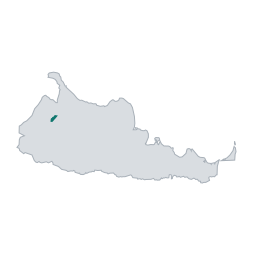 location of 9 de Julio, Chaco, Argentina, rotated 274°
{"feature_id": "61730980B13427760820692", "entity_name": "9 de Julio", "entity_type": "district", "adm_level": 2, "iso_a3": "ARG", "parent_name": "Argentina", "parent_adm1": "Chaco", "projection": "orthographic", "projection_center": [-61.238, -27.011], "detail": "fine", "context": "in_parent", "style": "filled", "palette": "teal", "viewbox_px": 256, "rotation_deg": 274, "n_neighbors": 0, "source": "geoboundaries", "source_scale": "gbopen_adm2", "svg_char_len": 4116}
<svg xmlns="http://www.w3.org/2000/svg" viewBox="0 0 256 256"><g transform="rotate(274 128 128)"><path d="M153.8,75.4L152.2,78.1L152.5,79.9L150.9,84.2L151.3,85.1L150.0,87.1L150.4,89.3L149.7,91.5L149.9,94.1L149.5,94.9L148.5,95.1L147.7,98.9L148.5,102.5L147.7,103.1L149.0,105.8L153.0,108.2L155.0,110.5L155.0,111.5L153.9,112.9L153.7,114.1L154.3,115.8L155.3,116.9L157.2,117.5L157.4,119.9L157.0,121.4L153.1,126.5L152.2,128.8L148.7,131.0L139.9,133.6L133.1,134.5L129.2,134.3L126.6,133.3L126.8,136.2L128.1,137.1L127.5,137.1L128.0,137.7L127.7,140.1L126.9,140.6L126.4,142.6L126.4,144.3L127.2,145.7L126.5,147.2L123.6,148.7L120.2,149.0L113.8,146.9L114.0,146.5L113.7,146.4L112.7,146.9L112.3,148.9L113.1,151.9L113.1,154.6L113.5,155.4L115.8,156.4L115.6,157.4L116.4,157.5L118.0,157.2L118.2,156.4L117.3,156.1L119.5,155.4L120.4,156.4L120.5,159.2L120.1,159.9L118.4,160.4L118.0,160.3L116.9,158.4L116.1,158.1L113.7,159.1L113.5,159.7L117.1,161.0L114.5,162.5L112.6,165.1L112.8,169.7L112.4,171.0L111.1,172.3L110.9,173.1L111.4,173.6L111.2,174.5L108.6,174.3L106.8,175.8L105.1,176.4L102.4,181.6L103.0,184.1L106.7,187.6L111.0,188.4L111.6,189.5L111.6,191.0L111.1,191.8L109.6,192.7L110.9,192.7L111.6,193.4L104.6,200.1L103.8,202.0L103.7,205.9L103.2,206.7L101.8,207.5L100.7,206.8L99.8,205.4L99.9,206.6L98.6,207.1L100.3,207.0L101.1,207.9L99.0,209.4L98.5,210.7L98.5,212.5L97.7,213.5L98.4,213.3L99.4,216.7L97.7,217.0L99.8,217.5L102.7,221.2L102.5,221.5L102.4,221.1L96.0,219.8L87.6,220.1L87.6,219.6L85.4,217.7L85.5,216.2L85.0,214.9L85.3,213.8L84.8,212.4L84.0,212.0L81.4,213.0L79.2,209.4L79.0,207.3L78.3,206.0L78.5,204.3L79.9,204.1L80.0,202.2L81.7,200.7L81.4,199.0L82.4,197.9L82.5,197.0L81.2,194.9L81.6,192.4L83.3,190.3L82.8,188.0L83.7,186.8L82.5,183.7L83.4,182.3L82.8,181.6L82.6,179.9L83.6,179.4L84.1,177.5L82.7,176.0L80.6,175.7L80.3,174.8L84.1,174.5L84.5,173.1L84.1,172.4L81.2,172.2L80.9,170.4L81.4,169.2L80.7,168.1L80.8,167.1L79.8,165.5L80.5,164.8L78.3,163.3L78.0,160.6L78.4,159.9L77.9,158.5L79.5,157.0L78.4,154.5L77.9,149.5L77.5,148.2L78.3,146.0L77.6,144.7L78.3,143.6L77.7,141.1L78.6,140.8L78.8,136.3L81.0,134.8L81.4,133.9L79.2,128.4L79.1,126.3L78.7,125.3L79.0,124.1L78.4,122.3L78.9,120.1L80.5,119.1L80.5,118.3L82.1,116.7L81.7,113.1L80.8,111.3L81.6,110.6L81.9,107.8L83.0,104.7L84.0,104.2L83.5,100.8L83.7,97.8L82.1,97.3L82.3,95.2L81.7,94.7L81.3,92.4L80.1,90.5L79.9,89.6L80.5,89.0L79.3,88.3L78.4,86.5L78.4,84.8L78.5,83.6L79.6,82.7L79.3,81.9L80.1,78.3L81.3,78.0L81.9,76.7L81.2,76.1L81.2,74.0L80.4,71.0L81.4,69.5L82.1,64.7L84.8,61.2L86.4,55.8L87.9,55.6L89.5,54.4L87.7,51.1L88.6,48.9L87.2,44.4L87.5,42.7L88.4,41.6L87.2,40.0L87.5,38.5L89.0,36.8L94.4,34.1L96.3,27.0L95.1,25.8L97.9,21.6L100.1,20.8L100.9,18.6L103.8,20.5L108.7,20.4L111.2,21.2L113.0,25.2L115.5,19.7L122.3,19.4L123.7,21.4L126.3,23.5L128.1,26.5L133.7,31.3L140.8,33.6L145.1,36.9L150.2,39.7L152.6,40.3L154.5,42.3L154.9,43.7L153.8,44.8L152.9,46.9L151.5,48.0L150.9,49.4L151.0,51.1L148.3,54.4L148.4,55.7L151.0,55.5L157.3,57.0L160.4,57.1L161.4,57.7L163.1,56.2L165.8,56.9L167.6,54.3L169.4,53.8L171.4,52.0L172.4,49.7L173.0,44.7L174.1,45.1L175.9,44.5L177.4,45.6L178.5,49.9L178.0,53.9L177.2,55.5L175.2,56.3L174.1,57.4L171.1,58.1L169.3,60.2L165.5,62.3L165.7,63.5L164.4,63.4L157.9,71.5L153.8,75.4ZM103.4,236.7L101.9,223.4L103.8,225.9L103.0,225.8L102.9,227.1L104.3,227.3L105.1,228.8L108.2,231.6L112.7,234.3L116.9,235.1L115.8,236.5L111.8,237.4L109.4,236.7L103.4,236.7ZM118.6,235.9L119.8,235.3L122.3,235.2L119.1,236.3L118.6,235.9ZM128.9,135.5L128.8,136.1L127.9,135.2L128.9,135.5Z" fill="#d9dde1" stroke="#a8b0b8" stroke-width="1"/><path d="M129.5,51.7L129.7,51.9L129.8,51.9L129.8,52.0L130.3,52.4L130.7,52.7L130.8,52.7L130.9,52.8L131.3,53.1L131.8,53.5L132.2,53.8L132.3,53.9L132.8,54.2L132.8,54.3L133.2,54.6L133.3,54.6L133.7,54.9L133.8,55.0L134.2,55.3L134.4,55.5L134.9,55.8L134.9,55.5L134.5,55.2L134.4,55.1L134.5,55.0L134.8,54.7L135.0,54.7L135.0,54.4L134.5,54.0L134.0,53.7L133.3,53.1L132.6,52.5L132.7,52.3L132.3,52.3L132.0,52.3L131.9,52.3L131.8,51.7L131.8,51.2L131.5,51.1L131.2,51.1L130.8,51.0L130.5,51.0L129.9,51.0L129.5,51.0L129.5,51.5L129.5,51.7Z" fill="#14b8a6" stroke="#0f766e" stroke-width="1.5"/></g></svg>